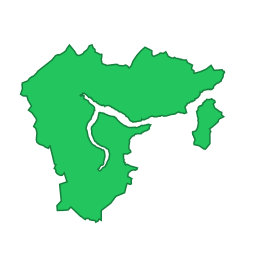 Stranda nor, Møre og Romsdal, Norway, rotated 83°
{"feature_id": "86288312B75373979576065", "entity_name": "Stranda nor", "entity_type": "district", "adm_level": 2, "iso_a3": "NOR", "parent_name": "Norway", "parent_adm1": "Møre og Romsdal", "projection": "albers", "projection_center": [7.009, 62.168], "detail": "fine", "context": "isolated", "style": "filled", "palette": "green", "viewbox_px": 256, "rotation_deg": 83, "n_neighbors": 0, "source": "geoboundaries", "source_scale": "gbopen_adm2", "svg_char_len": 5840}
<svg xmlns="http://www.w3.org/2000/svg" viewBox="0 0 256 256"><g transform="rotate(83 128 128)"><path d="M127.7,105.2L127.7,105.7L127.0,106.7L127.1,107.8L126.8,107.8L127.2,109.6L127.4,112.9L127.1,114.0L127.1,114.7L127.9,115.6L128.2,117.4L128.6,117.9L128.7,119.2L128.6,120.4L128.2,120.6L127.8,125.9L127.4,127.6L126.7,129.0L125.8,129.7L125.5,131.0L121.8,135.1L118.5,137.7L116.6,138.6L116.2,139.6L115.5,139.7L114.9,140.6L114.4,143.0L112.8,146.9L112.5,146.9L110.8,150.1L110.6,150.0L110.0,151.4L109.8,152.9L109.1,153.9L109.3,154.9L115.0,156.8L119.4,160.1L119.4,160.5L121.0,162.4L121.6,162.6L122.5,164.0L125.0,164.6L126.1,164.3L129.6,164.7L137.0,162.6L137.5,161.6L138.4,161.4L140.0,159.9L140.0,159.5L140.3,159.6L140.4,159.1L141.0,158.8L142.7,156.5L144.2,153.1L145.8,151.8L146.2,150.7L147.3,150.0L151.8,149.4L156.2,150.7L159.8,153.2L161.7,153.8L162.0,154.7L163.4,155.2L164.5,158.0L166.0,159.3L167.2,161.3L165.5,162.9L165.1,162.8L164.3,161.3L163.5,161.1L161.7,159.5L161.5,158.7L161.8,158.3L161.5,157.5L160.4,156.5L159.0,156.5L153.4,154.3L148.8,154.3L146.8,155.0L146.7,156.7L145.5,157.3L143.1,161.8L141.5,163.2L140.2,165.1L138.8,166.0L134.8,167.9L133.3,168.0L132.7,168.6L125.3,169.1L124.8,169.6L123.0,169.7L118.5,167.7L117.2,166.7L117.1,166.3L116.2,165.7L114.6,163.6L111.9,162.5L110.7,161.4L109.8,161.2L109.8,160.8L105.6,159.1L105.8,158.9L103.2,158.9L101.5,160.1L98.6,163.4L96.2,164.2L93.5,168.2L90.7,167.7L90.3,168.8L90.6,170.7L89.8,171.4L89.2,170.7L89.6,170.3L89.4,170.0L89.5,169.6L88.4,168.9L88.7,168.8L88.6,168.1L88.0,167.6L90.0,165.1L93.0,163.0L92.9,162.0L94.5,160.6L94.1,160.5L97.3,158.6L98.3,156.2L99.1,155.9L101.7,152.8L102.0,151.6L102.3,151.5L102.2,151.2L102.4,151.2L102.7,149.3L103.2,148.9L102.8,148.9L103.3,148.1L103.2,145.0L103.6,143.6L104.1,143.3L104.8,141.9L105.6,141.6L105.7,140.9L107.0,139.5L107.2,138.8L108.1,138.3L108.9,136.6L110.4,135.3L110.9,134.6L111.5,132.6L113.0,131.2L113.7,129.9L114.8,128.9L116.0,128.6L117.2,126.7L120.9,125.0L121.8,123.5L122.0,122.9L122.6,122.7L122.8,119.0L122.4,117.3L122.6,116.6L122.5,114.1L121.0,113.4L121.6,113.2L121.5,111.6L121.6,111.0L121.8,111.0L121.7,110.3L121.2,109.2L121.0,108.3L120.6,106.5L119.8,105.7L119.3,103.9L119.3,102.3L119.6,101.2L120.1,100.8L120.0,99.8L120.3,98.7L120.3,97.4L119.9,96.2L120.2,94.8L119.9,94.8L119.6,92.8L120.6,90.9L120.7,88.2L120.3,86.7L120.3,85.7L119.9,84.8L119.8,79.7L118.5,76.9L118.3,75.5L119.2,74.5L119.4,72.6L120.5,70.4L120.1,68.7L119.8,68.5L119.8,68.0L114.2,68.9L113.5,68.6L112.2,66.8L110.9,66.2L110.5,65.0L110.6,64.2L109.4,62.5L109.8,61.4L109.3,60.5L109.1,60.6L109.1,59.4L108.4,58.2L107.3,58.2L107.1,56.7L106.1,54.7L103.8,52.6L101.7,52.1L102.1,51.9L101.6,51.5L101.4,50.5L101.2,50.5L100.9,49.5L100.5,49.5L100.0,48.8L99.6,47.4L99.7,46.2L99.2,44.4L99.7,43.9L99.2,42.9L99.8,42.3L100.0,41.2L99.6,41.2L99.8,40.1L99.5,40.1L98.8,38.4L97.3,38.0L96.1,37.0L95.8,36.1L94.6,34.8L94.2,32.5L92.9,30.5L92.9,30.0L91.2,29.2L89.2,27.6L85.6,26.6L84.8,25.5L83.6,25.6L83.5,26.5L81.7,27.4L81.3,35.5L75.9,37.9L79.1,43.1L80.9,49.2L81.8,55.3L81.6,55.9L79.3,55.5L78.2,57.0L77.3,57.6L75.7,57.4L73.5,56.3L70.4,61.0L67.6,61.8L67.2,65.3L66.1,67.0L66.4,67.2L66.1,68.4L65.3,69.3L64.8,71.7L63.5,73.4L64.1,74.4L64.0,75.9L61.8,79.3L57.0,81.2L58.2,83.6L57.5,87.0L58.4,88.1L60.1,93.8L59.5,94.5L57.9,95.4L54.2,94.9L49.9,101.3L53.0,105.8L57.1,110.4L62.1,114.7L66.6,117.2L68.3,119.1L68.3,120.0L67.2,120.3L65.2,122.5L65.8,125.6L65.4,126.5L64.9,129.4L63.6,130.9L63.3,133.5L63.4,141.1L60.9,145.9L56.0,146.3L55.2,145.6L51.8,145.0L51.6,145.2L51.6,147.0L50.2,148.6L48.7,151.3L45.9,151.3L44.2,152.8L41.1,153.6L41.7,156.4L44.6,158.3L45.9,159.9L47.1,162.2L48.7,163.4L49.9,166.5L50.0,168.3L48.9,170.2L45.6,171.6L38.5,176.0L41.6,178.9L43.7,180.2L45.3,182.8L47.3,187.5L46.7,188.2L46.7,188.8L47.4,191.1L51.4,195.3L60.6,210.5L62.5,212.2L65.1,215.5L65.3,217.0L66.8,219.7L69.0,221.7L70.4,227.3L71.9,227.9L76.2,228.0L81.4,230.5L83.4,228.0L84.0,224.4L88.2,223.8L94.4,221.1L98.1,224.6L101.2,221.4L107.6,217.9L109.4,217.8L115.0,221.5L117.3,219.4L121.9,219.0L128.3,220.4L131.1,220.1L133.3,217.9L135.3,213.7L136.5,212.8L138.4,209.7L138.5,209.4L136.4,208.1L136.3,207.5L154.5,205.4L155.4,204.8L155.6,204.1L159.2,206.2L159.8,205.3L161.7,204.6L162.6,205.0L164.6,203.9L165.9,202.4L166.8,200.7L166.9,199.0L164.8,196.8L172.7,195.3L174.0,195.1L175.6,202.7L192.3,203.1L196.4,208.0L201.2,208.2L201.8,203.0L202.0,197.4L199.5,194.3L210.0,185.7L209.9,185.4L213.0,182.4L213.6,181.4L212.7,180.9L212.9,178.2L213.3,177.6L214.3,177.3L215.2,174.9L215.3,173.5L216.5,171.4L217.5,171.4L216.7,169.1L214.8,167.8L216.3,165.8L206.6,164.6L200.6,154.4L194.3,148.3L191.8,139.3L183.2,135.9L182.9,135.3L184.2,132.8L183.8,131.5L179.7,131.1L178.8,130.3L176.6,133.3L176.5,133.9L175.7,134.1L172.7,133.2L170.8,130.5L170.3,128.8L170.3,127.2L170.8,125.8L170.1,124.1L168.8,123.5L166.0,130.3L164.1,132.9L163.9,134.0L164.4,135.0L162.8,135.5L162.0,135.1L160.9,136.4L159.1,135.7L158.1,136.2L153.3,135.7L153.2,135.2L153.7,131.7L152.4,128.3L151.3,128.1L148.7,129.6L146.4,129.4L141.2,128.0L140.1,128.2L138.0,126.4L136.6,124.7L136.2,123.7L136.4,123.1L135.1,121.9L134.8,119.2L135.3,115.7L134.4,114.7L133.4,112.4L132.9,111.0L133.0,110.3L132.5,108.9L131.3,106.9L130.3,107.0L127.7,105.2ZM158.4,53.7L153.5,48.6L143.2,47.4L141.7,46.3L138.7,47.2L137.7,45.0L132.9,37.9L130.9,37.1L130.1,36.2L128.5,31.6L126.5,33.5L123.9,33.1L123.0,34.9L118.5,39.7L114.3,40.4L113.1,38.4L111.4,38.7L109.8,41.1L109.2,41.3L109.6,42.7L109.6,44.9L109.2,46.3L110.4,47.5L110.8,48.8L111.3,48.9L112.3,50.6L113.7,50.9L114.8,52.3L114.5,52.4L114.8,53.2L114.8,53.8L115.1,53.8L115.4,55.0L116.1,55.8L118.2,56.2L119.3,56.8L119.8,57.9L125.7,57.5L127.1,57.0L128.8,57.7L131.1,57.4L133.6,58.1L136.5,59.1L138.9,60.8L139.6,62.6L139.5,64.0L140.1,64.5L142.7,64.5L143.5,63.8L145.0,63.8L146.3,63.1L147.7,62.9L150.9,64.4L152.5,64.4L154.3,59.4L158.1,55.2L158.4,53.7Z" fill="#22c55e" stroke="#15803d" stroke-width="1.5"/></g></svg>